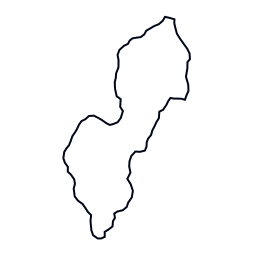 Arantina, Minas Gerais, Brazil, rotated 356°
{"feature_id": "56859067B73704269886290", "entity_name": "Arantina", "entity_type": "district", "adm_level": 2, "iso_a3": "BRA", "parent_name": "Brazil", "parent_adm1": "Minas Gerais", "projection": "equal_earth", "projection_center": [-44.228, -21.901], "detail": "fine", "context": "isolated", "style": "outline", "palette": "ink", "viewbox_px": 256, "rotation_deg": 356, "n_neighbors": 0, "source": "geoboundaries", "source_scale": "gbopen_adm2", "svg_char_len": 1531}
<svg xmlns="http://www.w3.org/2000/svg" viewBox="0 0 256 256"><g transform="rotate(356 128 128)"><path d="M64.9,167.4L67.8,170.5L70.7,175.4L71.2,179.9L69.6,184.8L70.1,192.6L73.1,197.1L77.3,200.5L80.0,205.0L82.0,208.7L85.1,212.3L84.1,218.3L84.2,223.0L84.3,227.3L85.7,232.5L90.1,236.1L93.5,236.3L97.2,235.0L97.5,230.0L101.8,227.7L105.7,225.1L106.5,219.9L108.7,216.8L108.3,212.4L111.5,210.6L117.2,209.6L121.2,206.7L123.0,202.4L126.9,197.6L128.5,191.1L126.8,184.4L123.8,178.6L127.3,172.7L126.5,166.3L127.2,161.3L129.3,156.2L133.7,152.0L138.3,152.6L143.3,151.7L145.2,147.7L145.7,143.4L147.5,139.7L150.5,136.7L152.2,131.9L154.3,128.6L156.6,124.4L159.5,120.3L160.4,113.9L164.2,112.3L167.9,107.7L170.1,103.8L172.5,101.0L176.1,101.9L180.1,102.2L183.2,102.5L186.8,103.8L188.7,99.3L190.9,95.2L191.1,88.8L189.4,80.9L191.4,72.5L191.9,66.5L194.6,63.6L194.6,58.0L192.6,53.0L189.6,48.2L186.2,42.6L183.4,37.4L182.2,31.3L181.5,26.9L181.9,22.8L176.4,20.8L172.7,19.7L170.3,23.3L166.0,26.6L161.0,28.2L156.6,30.5L153.0,32.2L150.7,35.8L147.0,38.2L142.5,38.5L138.7,38.9L135.8,40.9L133.8,44.1L129.7,45.7L124.8,49.6L122.7,54.4L123.3,59.6L122.7,66.9L120.0,72.6L119.3,77.2L118.0,81.3L117.8,87.7L118.9,95.5L122.7,98.7L121.7,106.3L124.1,110.8L121.5,117.5L118.0,121.6L113.5,123.0L110.0,123.7L106.5,121.5L102.6,118.3L98.5,115.5L94.7,113.3L89.9,113.3L86.0,116.3L82.1,117.9L79.3,121.3L76.9,125.7L74.5,129.1L71.8,132.5L70.0,136.9L67.9,141.2L65.1,144.1L62.7,147.5L61.4,153.7L62.6,158.2L65.3,162.6L64.9,167.4Z" fill="none" stroke="#020617" stroke-width="2"/></g></svg>